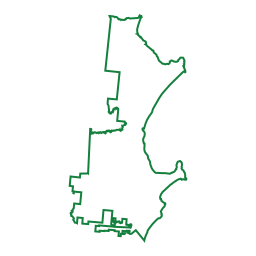 outline of Hope Vale, Queensland, Australia
{"feature_id": "25037944B25466476596436", "entity_name": "Hope Vale", "entity_type": "district", "adm_level": 2, "iso_a3": "AUS", "parent_name": "Australia", "parent_adm1": "Queensland", "projection": "albers", "projection_center": [145.212, -15.137], "detail": "fine", "context": "isolated", "style": "outline", "palette": "green", "viewbox_px": 256, "rotation_deg": 0, "n_neighbors": 0, "source": "geoboundaries", "source_scale": "gbopen_adm2", "svg_char_len": 5877}
<svg xmlns="http://www.w3.org/2000/svg" viewBox="0 0 256 256"><path d="M144.3,240.6L144.7,238.7L145.5,236.4L146.5,233.9L147.3,232.6L147.6,230.7L149.0,228.6L152.3,224.3L155.9,220.5L157.8,218.7L158.3,218.4L159.8,218.2L161.4,216.7L161.8,215.9L161.7,214.8L161.4,214.6L161.7,213.7L160.9,212.0L160.8,211.4L162.8,208.2L164.4,206.5L164.8,205.7L164.8,204.3L165.3,204.1L165.3,203.5L165.0,203.1L164.2,202.9L162.2,201.5L161.8,200.9L161.4,200.7L161.1,199.0L160.4,199.0L160.2,198.7L160.1,196.8L161.2,194.0L162.6,192.0L170.8,184.4L171.5,184.1L173.3,182.6L177.2,180.0L178.9,179.2L180.8,178.7L181.4,179.0L181.2,179.3L181.6,179.7L183.8,179.2L185.3,179.8L186.2,179.6L186.3,178.4L185.3,177.6L185.1,177.0L185.2,174.8L184.7,172.6L184.0,171.9L183.8,171.0L182.8,170.0L182.4,169.9L181.5,168.4L181.9,167.4L181.6,166.5L182.0,164.9L181.9,163.4L181.3,161.9L180.7,161.7L180.0,161.0L178.0,161.7L177.3,162.6L176.4,165.2L176.8,166.8L176.6,167.8L176.1,168.7L176.3,169.1L175.8,169.7L175.6,169.7L175.2,170.5L174.3,171.7L173.3,172.2L172.2,172.4L171.7,173.0L170.6,173.2L170.1,173.7L169.5,173.7L164.8,173.1L161.3,173.1L155.6,172.8L154.3,171.7L152.6,169.6L151.8,168.4L150.5,164.8L150.1,163.4L150.2,162.3L149.8,161.2L148.2,158.5L147.7,155.6L145.1,152.3L144.5,150.6L144.3,149.0L144.6,143.9L144.1,143.6L144.2,143.2L143.6,142.8L143.1,139.9L143.4,138.2L144.4,136.3L144.8,133.8L144.4,132.0L142.8,130.3L142.5,129.4L142.5,128.8L142.9,128.4L143.3,128.8L144.0,128.7L145.5,123.7L147.1,119.8L149.1,116.4L152.0,112.3L152.9,109.1L154.3,106.6L159.0,98.4L162.1,93.7L170.2,84.5L182.9,72.1L184.1,71.3L185.1,72.3L185.5,73.1L184.8,71.6L185.3,71.5L185.3,70.6L184.3,68.5L184.3,67.9L184.0,67.6L183.4,66.3L183.9,66.3L183.8,65.9L184.3,65.0L183.9,64.1L184.3,63.9L184.4,61.9L184.1,61.6L184.5,60.4L183.9,59.6L183.6,58.5L183.0,57.7L180.4,57.7L179.8,58.3L179.5,59.0L178.2,60.1L178.1,61.0L177.5,61.5L176.1,61.8L174.8,61.7L173.7,61.4L172.8,60.8L171.2,60.5L170.6,61.2L169.9,61.4L170.0,61.7L169.6,63.1L168.6,64.1L167.3,63.8L167.1,63.9L166.5,63.9L165.2,64.3L163.7,63.8L162.5,63.7L160.2,61.6L159.3,61.1L158.2,58.8L157.7,57.1L156.8,56.2L156.5,54.9L155.6,53.9L153.8,52.5L153.5,50.9L152.9,50.7L152.7,50.2L151.9,50.1L151.3,49.3L149.1,47.6L148.7,47.1L147.3,46.2L146.4,45.0L146.3,44.6L146.1,44.3L145.5,44.2L146.1,43.5L145.7,41.6L143.1,40.3L142.9,39.7L142.5,39.4L141.5,37.9L141.0,37.3L140.9,37.6L140.4,37.5L138.6,35.3L137.9,34.8L137.7,34.0L137.4,33.9L137.9,33.7L137.3,32.3L137.1,29.5L138.2,25.2L139.8,20.5L141.1,17.1L141.6,17.0L141.3,16.0L140.2,15.8L139.6,15.4L138.7,17.6L137.6,18.0L129.9,18.5L128.8,17.9L126.8,18.1L125.7,18.8L125.8,19.3L125.4,19.6L123.7,20.0L121.4,19.7L121.1,19.9L121.0,19.6L118.8,18.9L118.7,19.3L118.5,19.2L117.3,17.5L116.1,16.9L115.6,16.9L114.7,17.2L113.4,16.3L112.0,16.3L111.0,16.2L110.9,16.3L110.1,15.9L109.5,16.0L110.8,18.7L105.3,70.7L119.6,72.2L116.8,99.4L108.0,98.6L107.6,103.3L107.7,104.2L108.5,105.6L109.0,110.0L109.0,111.8L108.7,112.0L109.0,112.5L109.9,112.6L109.6,112.9L109.9,113.3L110.4,113.2L110.7,113.6L111.1,113.5L111.3,113.1L111.0,113.1L110.9,113.0L111.8,112.5L111.6,112.1L112.2,111.9L112.9,112.2L113.0,112.0L112.9,111.8L113.2,111.4L112.9,110.4L113.6,109.9L113.3,109.5L113.4,109.1L114.0,108.7L114.2,109.0L114.8,108.3L115.4,108.3L116.0,107.7L116.8,107.6L117.0,107.8L116.8,108.4L117.1,108.2L117.3,108.5L117.7,108.3L118.3,109.0L117.2,120.9L124.7,121.6L124.8,122.9L125.8,122.9L126.1,123.7L125.5,124.1L125.5,124.6L125.1,125.0L124.1,125.1L123.1,125.7L122.2,125.7L122.3,126.3L122.7,126.5L122.6,126.8L122.7,127.3L122.4,127.6L122.1,128.2L122.5,129.5L122.0,129.9L121.1,129.9L120.7,130.8L120.0,130.4L119.8,129.5L119.4,130.0L119.1,129.8L116.8,129.8L114.9,130.7L114.0,130.4L113.0,130.9L111.7,130.5L111.5,130.8L111.8,131.2L110.8,131.7L110.9,132.1L110.6,132.3L109.8,131.7L109.9,130.9L109.2,130.8L109.0,130.5L108.4,130.5L107.7,131.4L107.2,131.3L106.9,130.8L106.6,130.8L105.7,132.0L105.6,132.3L105.8,132.9L105.4,133.4L104.1,132.7L104.1,132.0L103.2,132.0L102.9,132.4L101.6,132.4L101.4,133.0L101.0,132.9L100.1,132.1L99.0,133.1L98.8,132.7L98.3,132.4L97.9,132.8L97.2,132.6L96.7,133.1L94.9,132.2L94.5,132.5L93.6,132.5L93.3,133.1L93.0,132.9L92.9,132.5L92.5,132.3L92.3,132.4L92.0,133.6L91.2,133.8L90.9,133.1L90.9,131.8L90.6,130.9L91.2,130.1L91.3,129.2L91.1,129.0L90.2,128.9L88.1,173.2L87.8,172.9L87.0,173.5L80.3,173.6L79.9,177.5L70.6,176.5L69.7,185.9L73.0,186.3L72.5,191.2L73.6,191.3L73.4,193.2L73.8,193.3L74.0,191.6L81.3,192.3L80.2,204.1L74.2,203.5L73.7,208.5L73.3,208.7L72.6,210.1L71.9,210.6L72.7,211.3L72.7,211.8L71.1,212.6L71.5,213.0L71.5,213.7L70.8,214.0L71.2,215.1L71.2,215.9L72.1,216.1L73.6,217.9L73.9,218.6L73.2,219.8L73.7,220.3L74.5,222.0L75.0,222.7L76.2,222.7L77.0,223.2L77.5,217.5L82.7,218.0L82.3,223.6L88.2,224.1L88.4,221.5L102.4,222.7L103.5,210.0L112.4,210.8L111.2,224.3L111.9,225.1L113.3,225.2L113.2,226.6L99.1,225.4L99.1,226.1L95.8,225.8L95.3,231.4L99.6,231.8L99.6,230.7L104.3,231.1L104.4,230.7L108.6,231.0L108.7,229.7L114.7,230.2L114.6,231.1L118.9,231.5L118.5,236.0L120.7,236.2L120.9,233.8L124.4,234.1L125.2,233.3L122.4,233.1L122.5,230.9L126.0,231.2L126.4,230.7L129.5,230.8L129.7,231.0L129.6,231.6L129.1,231.7L129.1,231.1L128.4,231.2L128.2,231.4L128.4,232.1L127.9,232.3L128.1,232.6L128.2,233.1L129.4,233.3L129.8,233.9L131.4,233.8L135.8,230.2L144.3,240.6ZM120.4,222.4L120.6,223.0L121.1,222.7L121.4,222.9L121.7,222.6L122.1,222.6L122.4,218.8L126.6,219.2L126.2,224.6L126.7,224.9L127.2,224.6L128.0,225.1L128.2,224.9L128.4,225.0L128.7,225.2L128.8,225.7L129.1,225.4L129.1,225.0L129.8,224.9L130.2,224.3L130.7,224.2L131.2,224.4L131.3,224.7L131.1,225.3L130.5,225.2L130.4,225.9L131.1,225.9L130.7,226.8L130.8,227.5L130.6,227.7L130.3,227.5L114.6,226.8L115.1,222.0L114.6,222.2L114.2,222.1L113.9,222.4L113.5,222.0L113.7,221.4L113.0,220.8L113.2,218.1L115.5,218.3L115.2,221.5L115.7,222.3L116.2,222.4L116.2,221.3L116.5,221.5L117.2,221.6L117.6,221.9L119.1,221.3L119.7,222.0L119.7,222.6L120.4,222.4Z" fill="none" stroke="#15803d" stroke-width="2"/></svg>